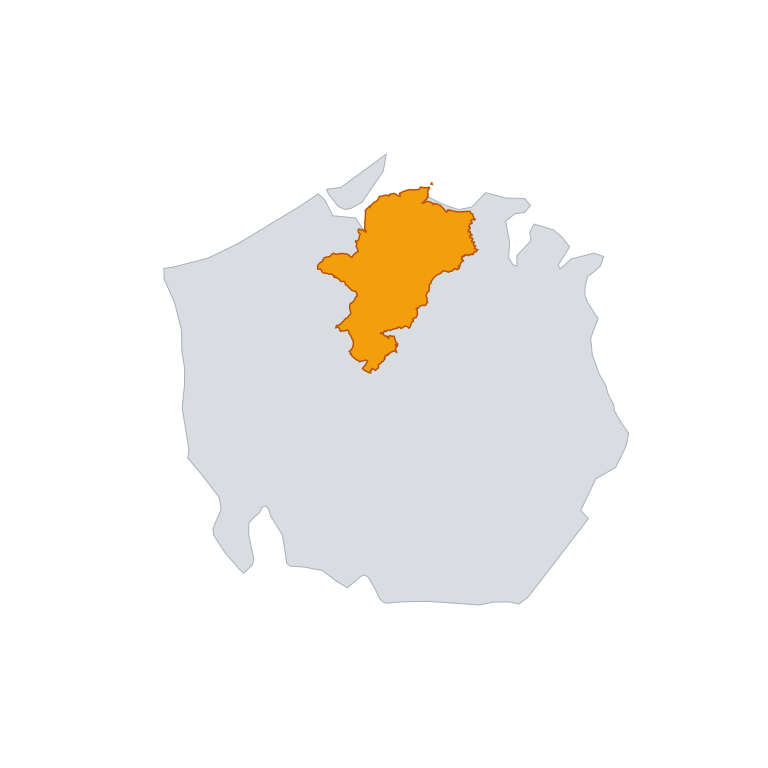 Moyamba, Southern, Sierra Leone (highlighted), rotated 128°
{"feature_id": "65957751B35726846399821", "entity_name": "Moyamba", "entity_type": "district", "adm_level": 2, "iso_a3": "SLE", "parent_name": "Sierra Leone", "parent_adm1": "Southern", "projection": "orthographic", "projection_center": [-12.482, 8.03], "detail": "fine", "context": "in_parent", "style": "filled", "palette": "amber", "viewbox_px": 768, "rotation_deg": 128, "n_neighbors": 0, "source": "geoboundaries", "source_scale": "gbopen_adm2", "svg_char_len": 7687}
<svg xmlns="http://www.w3.org/2000/svg" viewBox="0 0 768 768"><g transform="rotate(128 384 384)"><path d="M619.6,378.0L619.2,382.9L614.8,405.6L607.9,425.1L603.2,429.9L583.3,435.1L574.9,443.8L567.7,471.5L563.1,493.2L556.2,496.9L527.0,528.4L507.9,540.4L494.6,550.6L481.9,564.0L466.0,577.0L448.9,598.9L436.8,621.7L428.4,628.7L422.1,622.4L392.9,600.0L362.1,585.0L296.5,560.0L274.6,552.9L275.4,544.0L282.9,527.8L270.7,508.7L275.5,494.8L270.7,494.8L261.4,503.2L241.4,500.7L228.1,488.8L217.3,484.4L212.6,478.4L205.7,447.0L200.7,432.7L190.7,423.8L170.6,421.7L162.4,402.4L151.3,387.5L153.1,378.4L162.2,378.9L169.3,385.6L180.7,388.4L195.0,372.3L207.7,363.6L210.7,355.9L209.1,351.7L201.4,358.2L180.3,356.5L175.0,362.4L165.6,364.3L158.3,345.4L158.7,334.3L161.7,322.1L183.0,320.0L184.8,316.1L170.1,313.4L151.7,299.2L148.4,289.4L157.5,286.1L166.3,287.6L173.9,289.7L182.1,286.2L189.8,280.9L194.4,274.0L200.7,255.6L220.6,249.4L232.4,238.2L243.6,220.6L248.7,208.3L253.3,202.2L256.2,196.9L258.4,191.0L263.4,185.7L268.6,172.7L272.2,160.8L283.6,155.1L307.1,150.1L328.2,158.7L362.5,151.2L364.3,140.0L395.6,139.8L432.8,139.5L463.7,139.3L474.3,142.2L478.2,150.5L488.4,163.5L499.1,172.4L512.4,192.1L527.8,215.0L544.5,235.7L555.2,247.0L556.4,250.9L555.7,255.4L550.5,265.9L546.1,277.4L546.5,281.7L549.7,283.8L567.1,287.3L568.7,300.0L568.8,317.6L577.3,334.0L585.4,346.1L585.0,350.4L565.5,371.1L558.0,391.7L554.1,397.4L552.6,402.0L556.5,404.2L561.9,402.8L569.5,404.4L576.8,405.0L586.3,397.6L602.2,378.7L607.6,376.4L619.6,378.0ZM268.3,545.0L266.0,549.1L255.5,539.0L201.5,523.7L216.7,515.6L254.3,513.2L265.4,517.9L270.4,521.9L272.3,529.4L268.3,545.0Z" fill="#d9dde1" stroke="#a8b0b8" stroke-width="1"/><path d="M204.5,414.7L203.6,413.5L202.4,414.0L201.9,415.8L201.2,416.2L199.8,415.6L199.0,413.5L198.3,413.5L198.0,413.8L197.7,415.8L196.2,417.7L195.6,418.8L195.9,420.9L195.7,421.2L195.0,422.6L202.5,431.2L203.2,432.6L204.1,433.5L204.1,434.3L205.4,436.4L205.9,437.6L205.8,438.5L206.6,439.1L206.8,439.6L207.0,439.4L207.6,439.7L207.6,440.4L207.3,440.6L207.5,440.9L207.7,441.1L208.2,440.8L209.8,440.5L210.2,440.7L209.9,442.7L209.0,444.8L209.1,446.3L208.6,449.3L209.5,453.1L210.5,454.6L210.7,455.6L211.8,455.7L211.5,455.9L212.1,459.4L213.1,462.0L214.0,462.9L216.5,463.9L217.3,464.5L217.7,465.2L215.9,464.8L214.0,464.8L211.9,464.2L209.7,465.0L209.7,464.5L209.2,464.5L207.7,466.1L207.1,466.2L207.1,466.7L206.3,467.5L205.0,468.2L204.4,468.1L203.3,468.5L202.6,469.0L201.4,468.7L200.8,469.0L201.1,469.0L201.6,470.2L201.9,470.1L202.5,470.5L204.1,472.5L206.4,476.5L207.1,476.2L208.3,476.3L208.6,476.1L209.8,476.8L213.1,480.6L215.2,483.8L216.0,484.0L217.9,485.8L218.8,486.0L220.4,487.4L223.7,488.6L223.7,488.9L224.3,489.2L225.2,487.6L226.2,487.0L227.1,489.6L227.1,492.0L227.9,493.8L228.8,494.1L229.5,495.2L230.9,496.1L231.6,496.1L231.6,495.8L232.3,495.6L232.4,496.5L233.2,497.0L233.3,497.6L234.4,499.2L236.0,500.5L237.5,501.2L238.5,502.9L239.3,503.1L242.0,502.4L243.9,502.3L245.4,502.9L246.4,503.6L252.1,504.4L253.1,503.8L253.0,504.9L258.8,505.6L261.4,503.2L263.6,501.9L265.9,500.0L268.4,498.7L270.6,496.7L272.7,495.6L273.7,494.3L274.5,492.5L275.1,491.9L275.6,491.9L275.8,493.2L275.3,495.2L276.4,496.6L277.1,498.9L278.2,499.4L280.1,497.6L280.5,496.8L280.4,495.4L280.7,494.9L282.9,494.4L284.5,493.3L286.7,492.8L288.2,493.2L288.5,494.4L289.4,494.1L289.7,493.6L289.3,493.0L289.8,491.8L292.6,490.8L294.6,487.0L295.2,486.2L295.6,486.2L299.2,487.3L302.3,487.5L303.1,487.2L304.1,487.2L304.1,489.3L304.4,489.7L304.0,490.9L304.1,492.4L304.6,493.6L307.3,497.9L311.1,501.5L311.6,502.5L311.9,504.1L312.4,504.5L313.8,505.0L316.3,505.1L317.3,505.5L319.9,507.9L321.6,508.9L322.9,508.5L324.0,508.8L325.0,508.0L325.7,508.0L327.0,509.0L328.4,508.9L329.6,509.3L331.2,509.2L332.1,508.9L334.3,506.8L332.4,505.0L333.3,502.6L333.9,501.7L333.7,500.1L331.6,496.4L331.5,495.1L329.4,492.9L330.0,490.9L329.3,489.9L329.3,489.5L330.5,489.1L330.6,488.8L330.0,487.8L329.3,487.5L329.4,485.9L329.0,484.9L329.7,481.2L329.5,480.5L328.2,479.4L327.8,478.6L328.1,477.2L329.5,475.3L329.1,472.8L329.8,470.9L329.5,470.0L330.0,467.9L329.6,465.3L329.4,464.7L328.7,464.2L328.6,462.7L329.3,461.1L330.0,461.0L330.5,459.7L331.1,459.4L332.5,459.7L334.6,459.4L336.5,458.8L340.3,459.3L340.7,460.1L342.1,459.9L345.0,458.1L347.3,455.4L348.0,454.2L349.4,453.5L353.6,453.7L357.2,454.7L360.0,454.7L364.6,455.5L367.5,457.4L369.3,456.6L368.1,455.7L367.5,455.0L367.5,454.3L367.8,453.2L369.3,451.0L366.7,448.1L364.4,446.4L363.9,445.5L363.9,444.9L365.3,443.3L366.8,439.0L368.1,437.1L368.7,435.4L370.4,433.4L373.1,431.8L374.9,431.1L378.4,431.0L379.6,431.5L379.9,430.0L380.5,429.4L380.5,429.1L380.9,428.9L380.5,428.5L381.2,427.7L381.7,425.8L381.9,420.3L381.3,418.9L381.5,417.0L376.3,413.0L375.9,411.3L376.2,411.0L380.5,410.4L385.0,410.5L385.3,408.0L384.0,401.9L383.5,401.4L381.7,402.3L381.6,402.9L380.5,402.5L379.3,403.2L378.4,399.0L377.1,399.2L375.5,398.5L374.5,398.5L374.0,398.7L373.0,399.7L371.8,400.2L369.5,399.3L367.9,399.4L366.6,398.6L364.9,398.9L364.1,398.6L363.1,399.5L362.8,399.3L362.6,400.0L361.7,400.1L361.5,400.4L360.7,399.9L359.9,400.0L359.4,399.2L358.9,399.5L358.7,398.9L358.4,399.2L358.1,398.9L357.7,399.0L357.5,398.7L357.0,398.9L356.4,398.3L355.8,398.5L354.4,398.0L351.8,396.4L351.3,396.1L351.3,393.7L350.7,394.2L349.5,396.6L346.9,397.0L346.4,399.0L345.4,399.0L345.1,398.6L345.3,397.2L344.0,398.0L343.6,400.6L342.7,401.6L342.3,402.7L340.2,405.2L340.5,406.1L341.3,406.7L342.3,409.2L342.9,409.5L343.7,409.5L344.1,409.3L344.3,408.8L345.2,408.6L345.4,409.9L344.5,410.3L344.5,410.7L345.6,413.1L345.2,415.6L346.2,417.6L346.1,418.1L345.8,418.2L345.4,418.0L345.4,417.4L344.7,416.1L343.8,416.0L342.7,416.4L341.8,416.3L341.6,416.0L342.1,415.7L342.1,415.4L340.8,414.4L340.0,414.5L338.9,414.1L338.2,413.0L338.3,412.6L337.9,411.9L335.2,410.9L335.2,410.5L332.8,408.6L331.7,408.3L331.8,408.0L331.4,408.0L331.4,407.7L330.1,407.4L329.4,406.3L329.7,405.9L329.8,405.0L328.6,404.1L326.0,403.4L324.8,402.0L324.2,400.5L324.7,399.1L323.8,398.5L321.6,398.9L318.5,400.2L317.0,399.9L316.4,400.1L316.4,399.8L315.7,400.6L315.3,400.6L315.2,401.1L314.7,401.2L312.4,400.4L312.1,399.6L308.4,400.5L306.0,402.8L305.7,403.7L305.0,403.9L305.0,405.0L304.7,405.1L304.5,404.7L303.8,404.7L303.6,403.8L301.1,403.6L299.6,403.2L298.0,401.7L296.8,400.0L296.0,400.0L295.6,399.6L294.3,400.3L292.7,399.8L292.4,400.7L291.3,401.5L290.6,402.5L289.5,403.2L289.3,404.2L288.4,405.5L287.4,405.5L285.3,406.4L284.0,405.9L283.0,405.8L282.4,406.0L281.7,406.9L279.7,407.9L278.1,409.5L275.9,409.1L275.3,409.2L273.8,410.0L269.9,410.2L266.7,409.8L261.5,407.4L260.3,407.4L257.9,406.7L256.0,401.7L254.5,401.6L253.8,400.4L253.0,399.9L251.6,399.5L250.7,399.9L250.3,399.6L249.7,399.6L249.2,398.6L249.4,397.5L248.9,397.4L248.4,396.4L248.0,396.4L247.5,396.8L247.3,396.1L245.8,396.2L245.8,396.8L245.3,397.1L244.9,398.0L244.6,397.7L244.3,396.9L242.0,397.9L241.1,398.0L239.7,398.1L238.1,397.2L237.9,397.5L238.1,398.0L238.0,398.4L237.5,398.9L238.1,399.7L236.8,400.3L236.4,400.8L236.1,400.2L235.4,400.5L234.7,399.9L234.3,400.4L233.6,399.4L232.7,399.9L232.6,399.2L231.5,398.9L231.3,397.9L230.8,397.3L230.8,396.6L230.0,396.8L229.3,395.7L228.4,395.6L228.0,394.3L226.9,394.4L226.9,393.6L223.9,394.2L223.5,393.0L222.9,392.7L221.6,393.1L220.7,392.8L221.2,394.1L221.0,395.0L221.5,395.9L221.3,396.5L219.0,396.7L218.9,397.7L219.5,398.8L218.1,400.0L216.8,399.9L216.6,400.5L217.9,402.0L217.7,402.8L217.1,403.1L215.4,403.0L214.5,404.9L215.7,406.7L214.5,407.7L213.9,407.8L213.2,406.7L212.3,406.4L212.1,408.6L210.8,409.9L210.9,410.4L211.9,410.7L212.3,411.4L210.0,412.5L209.0,411.8L207.5,412.7L207.7,414.1L205.2,414.7L204.5,414.7ZM197.0,469.6L196.9,469.1L196.2,470.1L197.5,470.0L197.6,469.7L197.0,469.6Z" fill="#f59e0b" stroke="#b45309" stroke-width="1.5"/></g></svg>